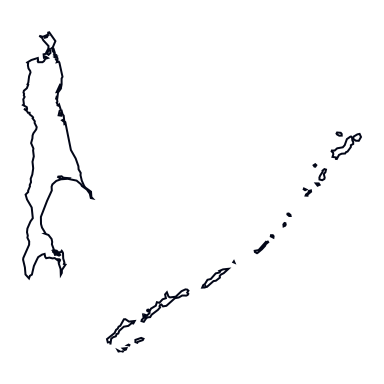 Sakhalin, Robinson projection
{"feature_id": "RUS-2616", "entity_name": "Sakhalin", "entity_type": "Region", "adm_level": 1, "iso_a3": "RUS", "parent_name": "Russia", "parent_adm1": "", "projection": "robinson", "projection_center": [146.417, 48.915], "detail": "fine", "context": "isolated", "style": "outline", "palette": "ink", "viewbox_px": 384, "rotation_deg": 0, "n_neighbors": 0, "source": "natural_earth", "source_scale": "10m", "svg_char_len": 5795}
<svg xmlns="http://www.w3.org/2000/svg" viewBox="0 0 384 384"><path d="M44.8,36.0L45.0,37.7L46.0,37.4L45.7,36.6L47.1,36.9L47.4,36.4L46.9,35.1L48.3,33.9L48.2,32.6L49.2,32.3L55.4,41.1L52.8,47.3L51.7,48.2L53.5,48.6L54.9,53.1L53.3,49.4L52.5,49.8L52.8,51.2L54.6,53.2L54.1,54.0L55.5,54.6L54.7,55.2L56.4,56.0L54.5,57.0L55.7,57.8L56.8,57.1L57.5,58.3L57.5,59.7L56.3,59.9L57.2,61.1L56.8,62.2L58.8,61.7L59.4,62.7L62.5,76.8L61.6,78.5L61.6,84.4L60.8,88.7L58.4,92.0L58.6,89.5L60.3,88.4L59.4,87.9L60.8,84.8L60.1,84.6L56.7,92.0L57.8,91.8L58.0,92.7L57.3,98.2L56.5,97.3L56.1,98.7L57.0,99.1L57.4,101.8L56.7,102.6L57.5,104.1L57.5,105.3L58.6,105.8L59.2,104.8L60.9,110.1L59.6,110.9L58.6,115.3L61.2,115.7L61.0,113.3L61.9,111.8L62.5,114.1L63.7,115.7L64.2,120.5L63.2,119.7L62.1,120.3L64.2,122.0L64.4,124.2L65.1,124.0L65.2,123.2L64.7,121.4L65.3,122.1L70.9,150.0L75.7,158.5L78.4,166.2L78.6,169.4L80.7,172.9L80.5,175.2L81.8,180.7L84.1,185.9L85.4,187.6L91.0,191.7L91.4,197.1L92.6,198.4L90.8,198.0L89.8,193.6L86.8,189.5L81.9,186.0L80.9,184.2L76.6,180.6L68.2,178.9L69.1,178.2L63.4,177.7L61.6,176.3L58.3,176.6L58.1,177.1L59.9,178.1L59.9,178.9L67.7,178.8L60.9,179.3L56.3,180.9L52.4,184.4L51.6,186.7L51.8,190.5L47.1,200.8L40.9,216.9L41.0,224.0L42.0,227.6L45.5,233.4L44.7,233.6L48.5,235.0L51.6,239.0L52.2,242.0L51.9,244.3L53.9,249.7L53.4,250.0L55.1,250.4L53.2,251.1L53.0,251.8L54.2,252.8L55.0,254.9L56.6,254.6L59.0,255.6L60.1,254.9L59.2,253.7L55.6,252.8L55.1,251.8L55.7,251.0L58.5,252.3L60.8,252.2L61.7,250.8L62.2,251.4L63.0,253.1L63.2,258.5L64.4,262.5L63.9,264.0L65.5,264.6L61.9,270.0L61.8,273.0L60.8,274.8L60.6,269.0L58.8,263.6L58.6,261.3L59.6,261.2L60.1,260.0L59.5,259.3L57.4,259.2L58.0,260.5L54.7,258.1L52.5,258.4L49.4,257.6L46.2,258.2L45.2,256.9L44.6,253.9L42.1,254.6L38.2,257.1L37.0,259.4L33.9,266.0L31.9,274.6L29.9,275.8L29.0,278.4L25.5,274.5L24.9,267.4L23.1,259.8L23.3,258.0L29.1,244.8L29.2,241.4L27.4,237.7L27.8,235.6L27.0,232.3L27.4,228.5L30.5,221.4L32.8,218.2L31.7,207.5L27.0,199.4L25.6,194.6L28.2,192.0L28.1,190.8L30.0,186.2L29.7,185.1L31.0,182.2L30.7,178.8L32.3,174.5L33.2,168.3L32.5,161.8L33.8,156.4L33.1,150.5L33.4,148.5L31.1,143.1L32.4,138.4L32.6,135.4L33.4,133.3L36.2,129.4L36.7,127.1L34.6,122.9L34.8,121.3L32.6,118.3L33.1,117.6L32.7,116.8L29.6,114.3L29.6,112.8L28.0,112.8L26.9,111.0L24.0,108.9L26.7,109.7L27.1,109.0L26.8,107.2L23.0,105.0L23.9,104.2L23.3,99.3L24.6,96.9L23.8,95.5L24.1,93.8L23.5,92.6L23.9,90.7L26.8,88.3L28.2,84.8L27.5,84.4L28.3,82.6L29.1,76.3L30.5,72.5L30.2,71.0L28.5,68.5L27.9,65.3L28.1,63.4L27.2,62.5L31.4,60.0L37.8,58.0L38.1,60.5L37.7,61.1L38.2,62.2L42.5,62.2L44.0,61.1L45.3,58.8L47.8,58.0L45.6,56.6L43.9,57.5L43.6,54.3L46.9,53.6L48.6,54.8L50.5,52.9L50.1,50.0L49.1,48.9L47.6,52.7L46.0,53.1L48.4,48.4L48.5,46.0L43.3,40.3L42.1,37.9L39.3,35.8L42.9,36.8L44.8,36.0ZM187.2,292.6L188.3,293.9L187.6,295.0L186.3,295.6L182.2,295.5L178.7,297.5L174.9,298.2L166.4,305.8L163.0,306.4L161.4,304.5L160.2,304.9L159.5,306.2L160.1,307.4L157.9,309.9L151.6,314.7L150.2,317.1L147.5,317.4L146.1,318.4L143.8,321.8L141.5,321.1L141.8,319.8L143.6,318.0L143.3,315.8L144.8,317.5L145.7,316.6L144.8,314.7L147.0,315.4L149.5,313.2L149.6,311.9L147.7,311.3L147.1,310.7L147.4,309.8L148.4,309.6L149.9,310.6L151.0,308.6L155.8,305.7L156.9,302.2L159.4,302.8L162.6,299.3L165.9,298.2L165.1,294.4L166.9,292.3L168.5,296.5L170.0,297.4L175.7,296.7L181.5,291.2L185.4,289.4L187.2,289.6L188.4,290.7L187.2,292.6ZM352.4,140.6L353.2,141.8L353.2,144.0L350.9,145.2L350.8,147.1L347.5,151.6L346.1,152.1L345.1,153.5L341.7,153.7L339.0,154.9L336.8,159.0L336.0,158.9L336.2,157.5L332.5,156.9L333.3,154.4L333.1,152.7L331.6,151.4L331.9,150.5L334.6,150.6L337.2,148.3L342.8,147.3L344.7,145.2L346.9,139.1L350.2,136.8L351.0,136.5L352.0,137.4L352.4,140.6ZM129.0,321.6L134.7,321.0L133.3,323.5L131.7,323.1L128.3,325.9L123.8,326.7L119.2,330.9L118.3,333.5L116.6,334.1L115.8,336.3L113.0,337.3L111.2,338.8L110.4,344.5L110.4,342.6L109.5,342.1L107.8,342.4L107.0,339.1L114.6,333.0L116.1,329.8L117.7,328.7L118.6,326.7L120.3,325.8L123.9,319.3L125.4,319.2L129.0,321.6ZM223.0,269.4L228.5,268.8L223.7,273.2L221.0,274.5L219.7,276.0L219.9,277.6L215.9,280.7L213.5,281.1L206.9,286.9L206.1,287.0L205.5,286.1L204.8,287.5L202.2,287.6L203.2,285.2L204.9,284.0L207.5,279.8L210.8,279.0L215.7,273.4L219.4,272.5L220.1,271.6L219.4,270.9L223.0,269.4ZM359.6,133.9L361.0,137.0L358.8,140.8L355.8,140.7L353.6,139.2L353.2,137.8L353.8,136.5L357.3,134.4L359.6,133.9ZM324.4,169.1L326.0,169.6L325.4,172.2L323.8,174.1L324.7,177.7L324.3,179.0L322.2,180.2L319.5,179.5L319.4,177.5L320.1,175.7L322.7,171.7L322.5,170.7L324.4,169.1ZM266.1,242.6L267.8,241.6L268.2,242.2L265.7,244.3L265.1,245.8L262.0,249.2L258.1,252.5L257.0,253.2L254.9,252.0L254.7,250.8L258.6,250.1L266.5,241.2L266.1,242.6ZM141.2,337.9L143.5,338.8L142.8,340.1L137.9,341.8L137.3,342.8L135.4,342.1L135.4,339.9L141.2,337.9ZM339.3,135.7L337.1,134.5L336.5,133.6L337.1,132.5L340.7,132.8L341.7,134.0L341.7,135.6L339.3,135.7ZM310.9,190.4L311.1,191.7L307.6,194.6L307.5,195.7L305.6,195.6L306.0,194.5L308.4,192.7L308.8,191.0L310.9,190.4ZM318.7,183.4L319.6,184.8L317.6,185.7L315.8,183.4L318.7,183.4ZM272.8,235.2L273.6,236.2L273.4,237.7L270.8,236.4L271.0,235.2L272.8,235.2ZM284.5,223.0L285.4,223.2L285.7,224.7L285.2,225.7L283.6,226.4L283.4,224.4L284.5,223.0ZM290.4,214.9L290.6,216.0L289.2,216.0L287.4,214.5L287.5,213.7L288.7,213.5L290.4,214.9ZM122.9,348.5L126.5,348.1L126.0,349.5L124.6,350.1L122.9,348.5ZM315.2,164.2L316.3,165.2L315.3,166.7L314.5,166.6L313.6,165.3L315.2,164.2ZM304.0,188.5L306.3,189.6L305.1,190.2L303.7,189.3L304.0,188.5ZM117.8,350.3L119.7,351.3L118.5,351.5L117.8,350.3ZM233.9,261.3L234.5,262.7L233.3,262.2L233.9,261.3ZM129.4,345.0L129.2,345.5L127.5,345.2L128.6,344.6L129.4,345.0ZM123.2,350.6L122.9,351.5L121.6,351.7L123.0,351.1L123.2,350.6ZM45.0,36.0L46.1,35.5L46.5,35.6L45.0,36.0Z" fill="none" stroke="#020617" stroke-width="2"/></svg>